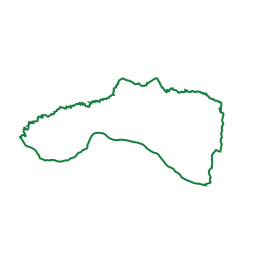 Nova Bandeirantes, Mato Grosso, Brazil (Robinson projection), rotated 292°
{"feature_id": "56859067B56253074715803", "entity_name": "Nova Bandeirantes", "entity_type": "district", "adm_level": 2, "iso_a3": "BRA", "parent_name": "Brazil", "parent_adm1": "Mato Grosso", "projection": "robinson", "projection_center": [-58.073, -9.696], "detail": "fine", "context": "isolated", "style": "outline", "palette": "green", "viewbox_px": 256, "rotation_deg": 292, "n_neighbors": 0, "source": "geoboundaries", "source_scale": "gbopen_adm2", "svg_char_len": 5861}
<svg xmlns="http://www.w3.org/2000/svg" viewBox="0 0 256 256"><g transform="rotate(292 128 128)"><path d="M78.9,31.4L78.2,33.1L73.5,39.6L73.3,40.8L73.5,43.5L73.5,45.8L73.2,48.4L72.2,51.5L70.2,53.8L69.2,55.9L67.2,57.1L67.0,57.6L66.9,63.4L67.1,63.9L67.7,64.4L68.6,67.4L69.8,69.3L70.3,70.7L70.7,72.2L70.6,73.8L71.0,76.1L71.5,77.9L71.9,78.9L74.3,81.7L75.4,84.3L78.6,86.5L80.5,89.0L82.4,90.1L84.4,90.7L85.5,90.8L86.1,91.1L88.0,93.3L90.5,94.4L93.1,97.1L94.5,97.7L97.0,96.7L99.5,97.0L101.8,96.9L105.1,97.1L107.9,97.5L109.8,98.3L111.3,100.0L111.8,100.8L113.0,103.9L113.5,106.3L113.7,107.6L113.4,109.4L112.0,113.2L111.6,114.6L111.6,117.9L111.8,120.3L112.0,121.0L114.8,126.4L116.1,131.3L117.0,137.6L118.1,143.0L118.3,147.2L117.7,150.1L116.2,153.1L115.1,158.1L114.7,161.2L115.0,162.2L115.2,164.1L114.9,165.8L112.1,170.5L110.8,173.0L108.9,176.1L107.8,178.3L107.4,180.0L107.2,184.8L106.5,186.3L105.3,188.3L105.0,191.3L104.3,193.3L103.8,194.3L102.5,195.9L102.1,197.5L101.7,201.3L101.7,209.7L102.1,212.1L103.1,215.2L103.2,217.3L103.9,220.9L104.2,220.3L104.6,220.6L105.4,221.8L106.2,222.5L108.1,224.8L108.6,224.8L109.1,224.7L109.8,223.6L111.8,223.0L112.7,223.3L113.8,222.7L114.8,221.3L117.7,219.4L118.3,219.1L119.2,219.2L121.6,220.1L122.4,220.7L123.0,220.7L124.0,219.8L125.1,219.9L127.4,219.2L130.1,217.6L132.2,216.9L133.7,216.1L136.4,216.3L136.8,216.7L137.6,216.8L138.8,217.3L140.3,217.6L140.6,218.4L140.3,220.8L140.5,222.0L140.8,222.4L141.2,222.4L148.2,220.9L149.2,219.8L151.4,218.5L152.2,218.2L152.9,218.2L153.7,218.7L154.1,218.7L156.9,216.9L158.4,216.3L160.3,216.5L161.7,215.9L163.1,214.9L163.9,214.9L164.4,214.6L165.9,214.5L166.9,215.0L168.2,214.4L168.4,213.9L169.0,213.4L170.4,212.4L171.3,212.1L174.5,211.8L176.9,211.3L177.3,210.7L177.1,210.0L177.4,209.6L177.6,208.5L177.3,207.9L177.9,207.2L178.6,207.5L178.7,207.1L179.1,207.0L179.5,206.0L179.9,205.8L179.8,206.4L180.1,206.8L180.9,207.0L181.8,206.7L182.1,206.2L182.7,206.0L183.7,206.1L184.6,205.9L185.3,205.4L186.1,205.2L186.7,203.5L186.5,203.1L186.1,202.8L186.5,202.1L186.5,201.3L186.7,200.6L186.2,199.7L186.4,199.0L186.1,198.6L186.0,197.5L186.8,196.1L186.2,194.4L186.4,193.3L186.3,192.6L186.5,192.0L186.9,191.7L187.2,190.9L187.6,190.6L187.6,189.7L188.2,187.8L188.9,188.1L189.1,187.8L189.0,187.0L188.5,186.0L187.9,185.3L187.9,184.8L188.7,184.2L188.7,183.7L188.2,183.3L188.3,182.1L188.5,181.6L188.1,181.4L188.3,179.3L187.5,178.1L187.0,177.9L186.8,177.4L186.9,176.5L186.2,176.0L186.4,174.8L186.6,174.3L186.1,173.3L185.3,173.1L185.0,172.7L185.0,172.0L184.4,171.7L184.3,170.7L184.0,169.9L184.1,169.4L184.6,168.9L184.8,168.4L184.8,167.3L183.8,168.1L183.6,167.6L183.6,167.0L182.7,167.2L181.9,165.5L181.5,165.2L181.5,164.6L181.8,164.3L181.1,163.5L181.0,163.2L180.3,162.8L179.7,161.9L179.7,161.4L180.3,160.8L180.4,159.8L180.9,159.0L181.0,157.9L180.6,156.7L180.3,156.5L180.3,156.1L180.4,155.7L180.8,155.5L181.1,154.7L181.5,154.6L181.4,154.1L180.5,153.6L180.5,152.9L179.8,152.8L179.5,152.4L178.3,152.0L177.7,152.5L177.3,152.2L177.4,151.8L177.8,151.6L178.2,150.8L177.8,149.9L177.1,150.1L176.7,149.9L175.8,150.4L175.6,150.2L176.0,148.7L176.7,147.9L177.0,146.9L177.9,146.1L178.3,145.6L178.4,145.2L178.2,144.3L178.7,143.9L179.6,142.6L180.4,142.0L181.4,140.7L182.1,140.1L182.3,139.7L182.7,139.3L183.2,138.3L184.9,136.8L184.8,136.2L184.2,135.4L184.3,134.8L177.5,130.0L176.8,128.7L176.4,128.7L176.1,129.1L174.5,129.1L174.0,127.9L173.2,127.4L172.6,125.6L172.1,125.0L172.6,123.0L173.5,121.2L173.0,120.6L172.4,120.5L171.3,118.3L171.4,117.0L171.9,116.5L172.0,116.1L172.0,113.9L172.4,113.0L172.4,111.9L172.0,110.3L172.0,109.4L171.6,107.8L172.1,106.7L172.0,104.7L171.0,104.0L170.6,103.1L168.7,102.1L167.2,101.7L166.5,101.9L165.8,102.4L165.4,102.4L165.2,102.0L164.9,101.7L163.5,101.9L163.3,101.5L162.6,101.2L161.2,101.7L160.0,100.4L159.5,100.2L158.6,100.1L158.1,100.3L157.1,101.2L156.7,101.2L156.3,101.0L155.3,101.3L154.5,101.2L153.5,102.3L153.4,101.8L152.8,101.2L152.7,100.7L151.3,100.1L150.6,99.3L149.4,98.8L148.8,99.0L148.5,98.1L148.0,97.5L147.4,97.4L146.6,96.6L146.1,95.1L145.5,94.3L145.1,94.0L144.6,94.2L144.4,93.9L144.6,92.8L144.2,92.0L142.8,91.7L141.8,92.0L141.6,91.2L141.8,90.2L141.3,90.0L141.3,88.6L141.2,88.2L140.7,88.4L140.4,87.5L140.0,87.6L139.5,87.4L139.4,87.0L139.9,86.1L139.6,85.2L137.9,85.0L138.0,84.5L137.8,84.2L137.3,83.9L137.2,83.3L136.9,84.1L136.5,84.4L135.7,84.2L135.3,83.8L133.2,84.2L133.1,83.8L133.4,83.6L133.3,83.1L132.6,82.3L132.6,80.3L132.9,79.7L134.0,78.9L133.7,78.2L134.0,77.0L133.3,77.4L132.7,77.3L132.7,76.0L132.2,75.6L133.1,75.2L133.2,74.6L132.8,74.3L133.0,73.5L132.7,73.2L131.8,73.7L131.5,73.5L131.5,72.5L130.9,71.2L130.5,70.7L129.5,70.3L128.8,69.5L128.3,69.5L127.9,68.1L126.7,67.6L125.4,67.5L125.4,67.0L125.7,66.6L126.2,66.7L126.6,66.4L126.1,66.2L125.8,65.5L125.4,65.6L124.5,64.4L124.3,63.9L124.7,63.4L124.9,62.9L123.4,62.8L122.7,63.1L122.4,62.6L122.6,61.1L122.5,59.9L122.0,59.2L122.4,58.0L122.3,57.4L121.9,57.2L120.9,57.1L120.3,56.8L119.7,56.9L119.3,56.6L119.1,56.1L118.3,55.4L117.3,55.7L115.1,53.6L114.7,54.2L113.9,54.2L112.4,53.2L112.2,52.9L112.4,52.5L112.3,51.9L111.9,51.5L110.9,51.3L109.6,50.2L108.7,49.9L108.4,49.4L108.9,47.8L109.0,46.6L108.8,46.2L108.6,45.4L108.2,44.8L107.5,43.2L106.9,43.2L106.2,44.6L105.9,44.9L105.6,44.7L105.2,42.7L105.2,42.3L105.4,41.8L105.3,41.3L104.8,40.8L104.5,40.7L104.2,40.4L103.9,40.4L103.1,41.0L101.9,41.0L100.9,41.6L99.9,40.8L99.5,40.0L99.3,39.2L98.3,37.4L97.6,38.2L97.2,38.5L96.9,38.2L96.7,37.4L97.0,37.2L97.0,36.3L96.2,36.0L96.1,35.6L96.6,34.3L96.4,34.0L95.5,34.1L94.6,35.0L93.4,34.8L92.4,34.1L92.4,34.5L91.8,35.4L89.8,35.8L89.3,35.7L88.6,35.1L88.7,34.5L88.5,33.4L89.4,33.0L89.6,32.4L89.6,32.0L89.3,31.7L88.6,32.0L88.1,31.8L87.3,32.2L85.4,32.4L85.1,32.8L84.8,33.7L83.5,34.8L83.3,35.3L82.3,36.1L82.0,36.0L81.9,35.5L82.7,34.7L82.3,33.6L81.9,32.9L81.5,32.4L80.4,32.5L80.0,32.3L80.0,31.7L79.8,31.3L79.4,31.2L78.9,31.4Z" fill="none" stroke="#15803d" stroke-width="2"/></g></svg>